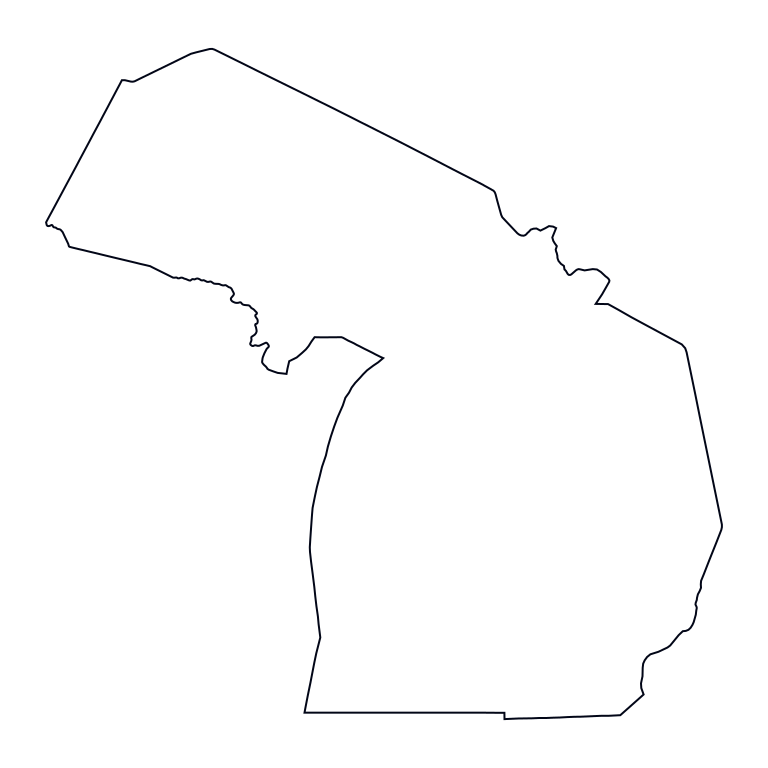 the State of Michigan
{"feature_id": "USA-3562", "entity_name": "Michigan", "entity_type": "State", "adm_level": 1, "iso_a3": "USA", "parent_name": "United States of America", "parent_adm1": "", "projection": "robinson", "projection_center": [-86.829, 45.001], "detail": "fine", "context": "isolated", "style": "outline", "palette": "ink", "viewbox_px": 768, "rotation_deg": 0, "n_neighbors": 0, "source": "natural_earth", "source_scale": "10m", "svg_char_len": 6035}
<svg xmlns="http://www.w3.org/2000/svg" viewBox="0 0 768 768"><path d="M121.9,80.2L124.9,80.2L130.9,81.6L132.8,81.7L134.6,81.3L142.3,77.5L154.4,71.6L179.6,59.3L190.9,53.8L196.0,52.4L209.7,49.0L212.2,48.9L214.5,49.6L229.5,57.0L259.5,71.9L274.5,79.3L289.5,86.7L304.5,94.1L319.6,101.6L334.6,109.0L343.1,113.3L351.5,117.5L359.9,121.8L368.3,126.0L376.8,130.3L402.1,143.1L412.2,148.3L432.4,158.7L452.6,169.2L462.7,174.4L472.9,179.6L483.0,184.8L484.3,185.6L485.6,186.3L486.9,187.0L488.3,187.8L489.6,188.5L490.9,189.2L492.2,190.0L493.5,190.7L494.8,192.3L495.6,194.4L497.1,200.2L498.7,206.0L501.2,214.9L502.3,217.3L508.8,224.2L517.4,233.3L519.3,234.7L521.3,235.5L523.7,235.7L525.3,235.1L526.4,234.2L527.4,233.0L528.8,231.8L530.8,229.6L533.5,228.7L536.5,228.5L540.4,230.6L545.5,228.1L549.0,226.1L553.1,226.6L556.1,228.1L552.3,237.5L553.3,240.9L554.8,243.4L556.8,246.1L556.2,248.1L555.7,249.5L556.1,251.4L556.8,253.2L557.4,255.9L557.4,257.3L557.6,258.5L558.5,260.9L561.0,263.9L563.9,265.9L564.5,269.5L564.9,269.8L566.0,271.0L567.6,273.8L568.6,274.8L570.0,275.0L571.3,274.4L576.0,270.3L577.3,269.5L578.7,269.1L580.4,269.4L584.6,270.4L592.8,269.1L597.0,269.5L600.9,272.0L605.6,276.4L607.0,277.4L608.5,278.8L609.4,280.4L609.2,281.8L605.7,288.0L602.1,294.3L595.7,303.9L608.1,304.1L618.4,309.8L631.5,317.3L646.3,325.3L681.8,344.4L685.2,348.2L686.6,352.3L695.4,394.9L699.7,416.3L704.1,437.8L708.5,459.2L712.9,480.7L721.7,523.6L721.9,524.7L721.9,527.2L721.3,529.9L718.8,536.3L716.3,542.7L711.2,555.4L708.7,561.7L703.7,574.5L701.1,580.8L700.8,584.3L701.0,587.8L699.7,591.0L697.9,594.3L697.0,597.9L696.8,599.9L695.7,602.9L695.5,604.6L696.5,606.7L696.7,607.4L696.7,608.5L696.3,610.4L695.8,614.7L693.7,622.1L692.5,624.8L690.6,627.8L688.5,629.8L685.8,630.9L682.8,631.2L678.7,635.1L670.2,645.5L667.5,647.5L658.4,651.8L650.4,654.3L647.1,657.0L644.7,660.3L643.2,663.6L642.7,667.7L642.5,676.3L641.0,683.4L641.3,688.1L643.6,694.5L620.3,715.2L608.6,715.8L601.5,715.8L594.4,716.1L588.0,716.4L580.8,716.7L574.2,716.8L567.0,717.1L560.0,717.5L553.0,717.7L546.3,718.0L539.2,718.0L532.2,718.3L525.3,718.4L518.2,718.5L504.5,719.1L504.4,712.8L498.8,712.8L485.9,712.7L472.9,712.7L466.5,712.7L460.0,712.7L447.1,712.7L440.7,712.7L434.2,712.7L421.3,712.7L408.4,712.7L395.4,712.7L389.0,712.7L382.5,712.7L376.1,712.7L369.6,712.7L363.2,712.7L343.8,712.7L330.9,712.7L318.0,712.7L311.5,712.7L305.0,712.7L304.5,712.7L305.9,705.3L307.9,695.0L310.5,682.4L312.5,672.0L314.3,662.7L316.3,653.2L320.3,637.5L318.6,624.1L317.9,616.4L316.4,606.0L315.3,596.6L314.3,586.9L312.7,574.1L311.1,561.9L310.0,552.0L309.8,547.3L310.4,537.6L311.1,527.5L312.0,515.0L312.6,507.9L314.8,496.9L316.9,487.1L319.6,476.7L322.0,466.9L325.9,455.5L327.9,446.6L330.9,436.4L334.2,426.5L337.4,417.8L342.8,405.5L345.4,397.7L349.0,392.7L351.7,387.5L355.2,382.9L360.0,377.8L363.1,374.3L367.1,370.3L373.2,365.7L378.1,362.4L383.2,358.1L380.3,356.8L377.7,355.5L375.3,354.3L372.7,352.9L369.9,351.5L367.3,350.2L364.6,348.9L359.4,346.2L356.7,344.9L354.1,343.4L351.4,342.1L348.3,340.7L343.1,337.8L341.4,337.2L328.4,337.3L319.5,337.3L314.6,337.2L311.4,341.6L308.6,346.1L305.9,349.4L302.2,352.8L296.7,357.5L289.2,361.2L287.5,368.5L286.5,373.9L282.2,373.4L277.7,372.9L273.3,371.4L268.7,369.7L267.3,368.7L267.2,368.3L266.7,367.6L265.9,366.6L264.0,364.9L262.8,363.5L262.2,362.5L262.1,361.8L262.5,358.6L262.8,357.3L264.4,353.3L266.5,349.2L267.1,348.4L268.4,347.2L268.8,346.5L268.8,346.0L268.7,345.5L268.2,344.6L267.5,343.7L267.0,343.1L266.5,342.8L266.0,342.7L265.4,342.9L259.4,345.7L258.9,345.8L258.2,345.8L257.5,345.8L255.7,345.3L255.0,345.3L254.5,345.4L253.5,345.9L252.9,346.0L252.1,345.9L250.9,345.1L250.4,344.5L250.2,343.9L250.3,343.3L251.2,341.1L251.4,340.4L251.5,339.6L251.3,338.4L251.3,337.5L251.5,336.9L251.9,336.6L254.6,334.8L255.0,334.4L255.3,334.0L256.0,333.1L256.4,332.1L256.6,331.5L256.6,331.2L256.6,330.5L256.0,327.4L255.2,325.3L255.3,324.4L255.7,324.0L256.2,323.9L256.8,323.6L257.2,323.3L257.5,322.7L257.7,321.9L257.7,320.6L257.5,319.8L257.3,319.2L255.9,317.2L255.3,316.1L255.3,315.4L255.5,314.9L256.3,314.2L256.7,313.9L256.9,313.3L256.9,313.0L256.8,312.7L256.3,312.1L255.2,311.0L254.2,309.9L253.4,309.2L251.4,308.0L251.0,307.6L250.1,306.4L249.7,306.0L249.3,305.7L248.8,305.4L248.1,305.3L244.6,305.0L243.3,304.7L242.7,304.4L242.3,304.1L241.9,303.7L241.0,302.6L240.7,302.4L240.4,302.3L239.9,302.3L238.2,302.8L237.0,302.9L236.3,302.9L234.9,302.6L233.7,302.1L232.5,301.5L231.9,301.0L231.1,300.0L230.9,299.3L230.9,298.6L231.1,298.1L231.4,297.6L233.2,295.5L233.5,295.0L233.8,294.5L233.9,293.6L233.6,292.8L231.5,288.7L230.9,288.1L230.2,287.6L228.9,287.2L228.4,286.9L226.3,285.5L225.7,285.2L225.0,285.2L223.8,285.4L223.1,285.4L222.4,285.3L221.1,284.9L219.7,284.2L219.0,284.0L218.3,283.9L215.5,283.8L214.1,283.6L213.6,283.4L211.6,282.0L210.9,281.6L210.1,281.5L208.5,281.9L207.8,281.9L207.0,281.8L204.2,280.4L203.6,280.2L203.0,280.3L202.5,280.4L201.8,280.4L201.0,280.2L199.7,279.3L198.8,278.9L198.0,278.6L197.3,278.5L196.7,278.6L196.2,278.7L195.1,279.2L194.6,279.4L193.9,279.3L193.4,279.2L192.7,279.1L192.2,279.2L190.4,280.5L189.7,280.5L188.8,280.3L186.0,279.1L184.2,278.6L183.0,278.0L182.1,277.7L181.4,277.7L180.8,277.7L179.1,278.3L178.4,278.3L177.6,278.2L177.0,277.7L176.4,277.5L175.9,277.5L174.7,277.7L174.0,277.7L173.0,277.6L166.2,274.2L156.7,269.5L151.9,267.1L150.2,266.2L147.3,265.5L146.5,265.3L140.3,263.9L135.5,262.7L123.4,259.8L116.6,258.2L102.5,254.8L95.6,253.1L89.2,251.6L83.5,250.2L78.7,249.1L75.0,248.2L71.7,247.4L69.5,246.8L69.0,246.4L68.8,245.9L68.2,243.8L64.8,236.7L62.7,232.2L61.7,231.0L60.7,229.9L59.9,229.4L59.1,229.2L58.3,229.1L57.4,228.8L56.7,228.4L55.9,227.7L55.2,227.5L53.6,227.2L53.2,226.7L52.4,225.3L51.8,225.0L51.3,225.1L49.9,225.8L49.2,226.0L48.6,226.1L47.7,226.0L47.1,225.6L46.8,225.2L46.5,224.2L46.1,222.3L46.9,220.8L49.2,216.5L51.6,212.1L60.9,194.8L65.5,186.2L72.5,173.2L77.1,164.6L79.4,160.2L84.0,151.6L86.4,147.1L88.8,142.6L93.5,133.7L100.7,120.3L103.0,115.9L105.4,111.4L107.8,106.9L110.1,102.5L112.5,98.0L117.2,89.1L119.6,84.6L121.9,80.2Z" fill="none" stroke="#020617" stroke-width="2"/></svg>